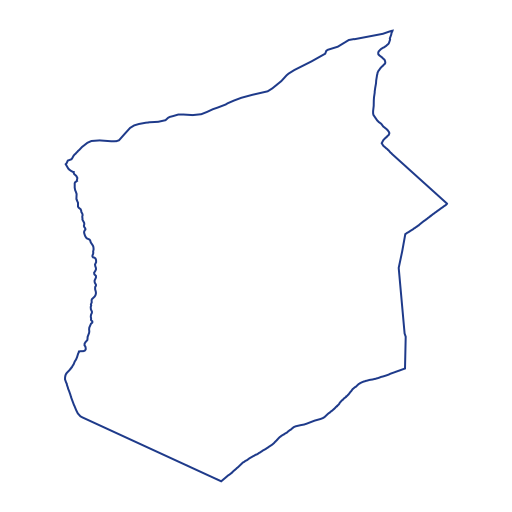 Nangade, Cabo Delgado, Mozambique
{"feature_id": "85939544B17838134976629", "entity_name": "Nangade", "entity_type": "district", "adm_level": 2, "iso_a3": "MOZ", "parent_name": "Mozambique", "parent_adm1": "Cabo Delgado", "projection": "mercator", "projection_center": [39.787, -11.149], "detail": "fine", "context": "isolated", "style": "outline", "palette": "blue", "viewbox_px": 512, "rotation_deg": 0, "n_neighbors": 0, "source": "geoboundaries", "source_scale": "gbopen_adm2", "svg_char_len": 5836}
<svg xmlns="http://www.w3.org/2000/svg" viewBox="0 0 512 512"><path d="M447.0,203.6L391.8,153.8L391.5,153.3L390.5,152.6L388.5,150.2L387.9,149.9L387.6,149.4L386.8,148.7L386.1,148.3L385.7,147.8L383.3,145.8L381.7,143.2L383.4,140.0L384.5,138.9L384.9,138.4L385.4,138.1L385.7,137.6L386.2,137.4L386.6,136.9L387.1,136.6L387.3,136.1L388.6,135.1L389.3,133.5L389.3,133.0L389.1,132.3L387.6,130.1L387.1,129.8L386.8,129.3L385.0,127.9L384.6,127.5L383.3,126.6L381.4,124.0L380.6,123.3L380.2,123.1L379.8,122.7L378.8,122.1L377.8,121.0L377.3,120.6L373.4,114.9L373.1,113.3L373.1,111.1L373.7,105.9L373.8,100.4L374.0,97.3L374.7,92.6L374.7,91.6L375.2,87.9L376.0,83.4L376.2,80.4L376.9,76.1L377.0,75.1L377.3,74.3L377.6,72.6L378.6,70.6L379.1,70.1L380.3,68.3L381.2,67.3L382.2,66.3L382.7,66.0L383.5,65.0L384.0,64.6L384.4,64.1L384.9,63.8L385.3,62.8L385.1,61.2L384.5,59.7L382.5,58.0L382.3,57.6L379.2,55.3L379.0,54.9L378.6,54.7L378.3,54.2L378.2,52.9L378.6,51.5L380.2,49.8L381.2,48.9L383.3,47.6L384.4,47.2L385.0,46.6L386.3,45.8L386.7,45.3L388.3,44.0L388.9,43.1L390.1,39.6L389.8,38.5L391.2,34.7L391.6,32.6L392.2,31.6L392.5,30.7L391.5,30.9L389.2,31.6L382.9,33.8L367.7,36.7L354.5,39.2L353.8,39.1L348.8,40.0L337.8,46.7L327.8,49.8L326.3,50.8L325.2,53.7L311.5,61.4L294.4,70.0L288.6,73.6L286.6,75.3L281.3,81.1L272.3,88.4L267.7,91.3L252.4,94.8L241.3,97.8L234.1,100.5L227.4,103.4L227.3,103.5L225.7,104.5L217.6,107.6L212.9,109.2L207.1,111.9L201.3,114.2L192.7,115.1L182.9,114.5L178.4,114.5L173.0,116.1L169.8,116.9L168.1,117.8L165.5,120.2L158.2,121.8L148.9,122.3L148.4,122.5L145.9,122.7L138.9,124.0L134.2,125.4L130.1,127.9L125.3,133.2L119.0,140.3L116.3,141.2L111.7,141.3L99.6,140.4L91.4,141.0L87.4,142.8L82.0,147.0L79.3,149.9L77.9,151.1L77.6,151.6L76.6,152.5L75.6,153.7L74.6,154.5L73.6,155.7L72.0,158.6L71.6,158.9L71.4,159.3L67.8,160.6L66.5,163.4L65.7,164.2L68.4,168.8L68.8,169.0L69.1,169.5L71.2,171.0L73.1,172.0L73.7,172.0L73.7,172.8L74.2,174.1L76.3,175.9L76.6,176.7L77.2,177.4L77.3,178.4L76.8,180.5L76.8,180.9L76.9,181.0L75.0,182.4L74.7,183.3L74.7,187.7L75.2,190.3L75.8,191.6L76.6,194.0L76.4,199.1L76.8,199.6L76.8,200.1L78.0,202.8L78.0,206.6L78.7,207.7L80.6,209.2L81.2,210.7L81.3,211.9L82.2,213.5L82.5,214.3L82.6,215.3L82.3,216.2L82.3,217.2L82.5,218.4L82.4,219.3L82.6,220.0L84.1,222.7L84.3,224.0L83.9,225.9L84.2,226.9L85.2,228.3L85.4,229.0L85.4,229.6L84.9,230.1L84.2,231.4L84.1,232.7L84.6,234.5L85.1,235.9L85.9,237.3L86.7,238.3L89.4,239.5L90.1,240.3L90.8,242.5L92.9,245.6L93.4,247.0L93.6,249.2L93.1,251.9L93.3,252.8L93.1,253.9L92.6,255.1L92.4,256.0L92.5,256.6L93.1,257.4L94.3,257.6L95.4,258.4L95.9,259.5L96.1,260.7L96.1,262.2L95.0,264.5L95.3,266.2L95.9,267.9L96.0,269.2L95.5,270.5L94.1,272.8L94.4,274.4L95.9,275.8L96.0,277.2L95.7,278.1L94.6,280.5L94.6,281.8L94.9,282.9L95.9,284.6L96.0,285.2L95.8,286.0L95.2,286.9L95.1,288.0L95.2,289.7L95.5,290.5L95.9,292.2L95.9,293.6L95.5,295.1L94.7,296.5L91.9,299.2L91.6,300.2L91.7,302.4L91.2,303.6L90.9,304.6L91.2,305.5L90.7,307.0L90.9,309.4L91.9,311.5L91.9,311.9L91.9,312.8L91.1,314.5L90.8,316.2L90.8,317.1L91.1,318.1L91.0,319.9L91.5,320.6L92.3,321.3L92.4,322.1L92.2,322.7L91.0,323.7L89.3,327.6L89.1,329.5L89.3,331.3L89.1,332.9L87.6,336.9L87.5,339.0L87.3,340.1L85.5,342.1L84.6,343.6L84.5,345.3L85.4,346.6L85.7,348.2L85.7,349.3L85.3,350.0L84.8,350.6L83.6,351.1L82.1,351.2L80.7,351.2L78.9,351.5L78.8,352.4L78.2,353.4L77.0,357.3L76.0,359.6L74.8,361.4L73.5,364.6L72.9,365.3L71.9,367.2L71.4,367.5L71.3,368.0L70.8,368.4L70.6,368.9L70.1,369.2L69.8,369.8L66.6,373.1L66.5,373.5L66.0,374.0L65.7,374.9L65.4,375.3L65.4,375.9L65.1,377.0L65.0,379.3L66.0,382.2L66.8,383.9L66.9,384.8L68.0,388.0L68.0,388.4L69.1,391.1L70.4,394.8L70.6,395.7L71.1,396.8L71.1,397.3L74.0,405.1L74.3,405.6L76.2,410.2L77.8,413.4L80.4,416.3L82.4,417.4L221.2,481.3L228.4,475.2L229.2,474.8L231.4,473.1L231.6,472.8L232.1,472.6L232.3,472.2L232.7,471.9L232.9,471.6L234.7,470.0L235.1,469.8L235.3,469.5L236.1,468.9L236.8,468.1L237.7,467.5L242.9,462.5L244.3,461.8L245.2,461.0L247.1,460.1L249.3,458.4L253.3,456.1L254.2,455.7L255.7,454.7L256.5,454.6L257.9,453.8L259.1,452.9L260.2,452.4L261.1,451.7L262.0,451.2L262.5,450.7L265.9,448.9L266.3,448.5L268.0,447.5L268.4,447.1L272.1,444.7L274.0,443.1L275.1,441.8L275.5,441.6L275.7,441.2L276.8,440.3L277.1,439.7L277.5,439.5L278.2,438.6L279.8,437.0L280.7,436.5L281.0,436.1L282.7,435.0L284.0,434.4L284.3,434.0L287.2,432.4L287.9,431.6L290.0,430.0L290.6,429.8L292.5,428.1L292.9,427.9L293.1,427.6L294.0,427.0L295.7,426.3L300.9,425.1L304.3,424.5L305.6,424.0L306.1,423.9L314.7,420.6L320.5,419.0L323.1,418.0L323.5,417.6L324.3,417.3L328.1,413.7L329.0,413.0L329.8,412.6L330.1,412.2L331.5,411.0L332.0,410.8L333.5,409.4L333.9,409.2L334.1,408.8L334.5,408.6L334.8,408.2L335.2,407.9L335.4,407.6L336.1,406.8L336.6,406.6L336.8,406.2L337.2,406.1L337.3,405.7L338.5,404.7L339.2,403.9L339.4,403.4L340.0,402.5L342.1,400.2L342.7,399.9L344.0,398.4L346.0,397.0L346.1,396.5L346.5,396.4L347.7,395.3L348.1,394.7L348.5,394.5L350.6,391.7L351.1,391.3L352.7,389.0L353.1,388.8L354.9,387.2L355.7,386.9L358.7,384.0L359.6,383.6L360.0,383.2L362.1,382.2L364.1,381.4L364.6,381.4L366.0,380.8L366.5,380.8L369.6,379.9L372.5,379.5L374.8,378.9L375.4,378.9L376.9,378.3L377.3,378.3L378.9,377.8L381.1,376.9L382.9,376.5L385.8,375.6L388.7,374.6L390.2,373.8L405.0,368.5L405.7,336.7L404.6,333.5L398.7,267.9L402.2,251.3L405.3,234.1L406.6,233.3L407.0,232.9L408.8,232.0L409.1,231.7L409.7,231.4L410.0,231.1L413.3,229.1L413.7,228.6L415.2,227.8L415.4,227.5L416.8,226.7L417.1,226.3L417.6,226.1L418.1,225.6L418.7,225.4L419.0,225.0L420.4,223.8L423.9,221.0L424.4,220.8L424.6,220.5L425.7,219.9L426.0,219.5L427.5,218.5L427.8,218.1L429.3,217.1L429.7,216.6L430.3,216.4L430.6,215.9L431.2,215.7L431.4,215.3L432.3,214.8L432.7,214.3L433.6,213.8L435.5,212.3L436.4,211.8L437.6,210.7L438.0,210.6L441.6,207.9L442.5,207.4L443.7,206.4L445.6,205.2L446.8,204.1L447.0,203.6Z" fill="none" stroke="#1e3a8a" stroke-width="2"/></svg>